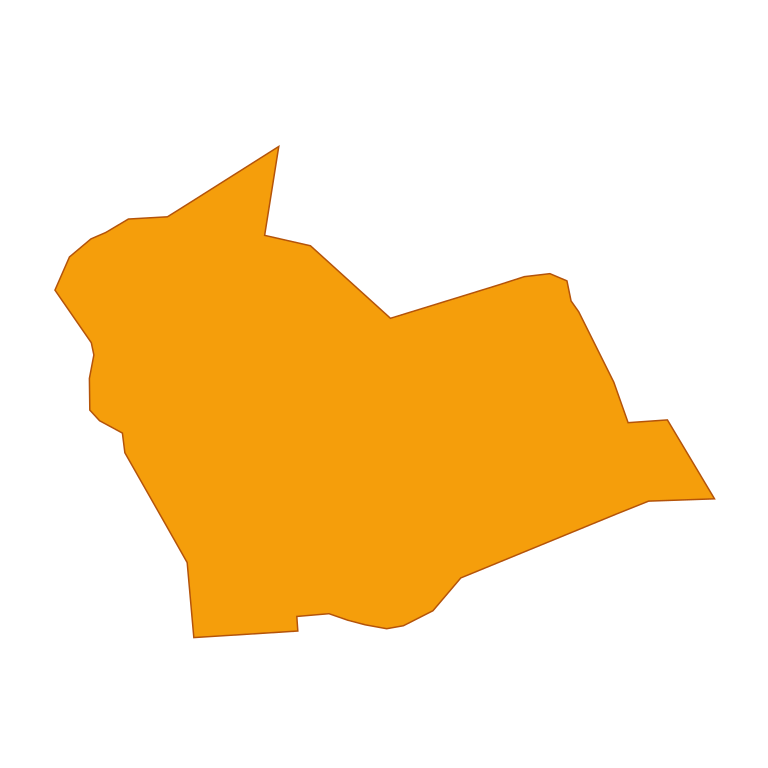 the district of Alto Feliz, Rio Grande do Sul, Brazil, rotated 266°
{"feature_id": "56859067B88467476938960", "entity_name": "Alto Feliz", "entity_type": "district", "adm_level": 2, "iso_a3": "BRA", "parent_name": "Brazil", "parent_adm1": "Rio Grande do Sul", "projection": "equal_earth", "projection_center": [-51.302, -29.37], "detail": "fine", "context": "isolated", "style": "filled", "palette": "amber", "viewbox_px": 768, "rotation_deg": 266, "n_neighbors": 0, "source": "geoboundaries", "source_scale": "gbopen_adm2", "svg_char_len": 680}
<svg xmlns="http://www.w3.org/2000/svg" viewBox="0 0 768 768"><g transform="rotate(266 384 384)"><path d="M453.8,576.4L474.1,573.7L482.5,557.2L481.3,531.5L474.8,505.1L449.1,395.0L527.0,320.3L540.6,275.3L628.3,295.6L575.6,197.8L565.9,179.6L566.4,140.5L554.5,116.9L549.2,101.8L532.7,79.1L500.6,62.3L445.6,94.9L433.2,96.6L410.1,90.5L378.5,88.7L367.2,97.7L353.3,119.6L333.5,120.7L258.4,156.7L219.6,175.2L144.3,176.6L143.6,280.8L158.2,280.8L158.7,313.1L150.8,331.6L145.1,348.4L139.7,369.6L141.5,386.5L154.4,417.0L185.2,447.1L237.9,606.2L248.7,639.8L246.4,705.7L328.4,664.2L328.4,624.8L369.7,613.4L442.4,583.3L453.8,576.4Z" fill="#f59e0b" stroke="#b45309" stroke-width="1.5"/></g></svg>